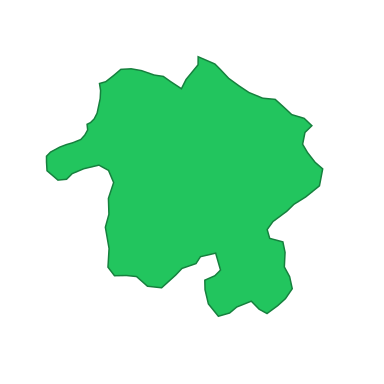 Agios Ilias, Cyprus (Natural Earth projection), rotated 254°
{"feature_id": "46923920B56788308456175", "entity_name": "Agios Ilias", "entity_type": "district", "adm_level": 2, "iso_a3": "CYP", "parent_name": "Cyprus", "parent_adm1": "", "projection": "natural_earth1", "projection_center": [33.937, 35.327], "detail": "fine", "context": "isolated", "style": "filled", "palette": "green", "viewbox_px": 384, "rotation_deg": 254, "n_neighbors": 0, "source": "geoboundaries", "source_scale": "gbopen_adm2", "svg_char_len": 1270}
<svg xmlns="http://www.w3.org/2000/svg" viewBox="0 0 384 384"><g transform="rotate(254 192 192)"><path d="M321.8,133.0L314.7,132.1L307.1,129.5L301.8,126.7L293.9,122.5L289.2,118.1L286.7,113.6L286.0,109.8L280.4,108.8L276.3,104.7L273.1,99.6L272.2,90.6L272.2,84.3L271.6,77.3L269.4,67.1L266.5,62.0L260.9,60.4L252.4,58.5L240.4,66.4L238.8,74.9L242.7,81.9L244.2,94.4L243.5,109.9L235.8,117.7L222.7,119.3L208.9,109.9L193.5,106.0L182.0,99.0L160.5,96.7L142.9,90.5L132.9,94.4L129.8,106.0L126.0,115.4L113.7,123.2L108.3,136.4L116.7,153.5L121.3,161.3L122.1,176.1L127.5,182.3L126.7,197.9L109.1,197.9L105.2,190.9L103.7,180.0L94.5,177.6L79.9,176.9L65.3,183.1L65.3,194.8L69.1,203.3L70.7,218.9L60.7,224.3L54.5,230.6L59.1,243.0L63.7,252.4L71.4,261.7L83.7,262.5L94.5,260.1L108.3,264.8L119.0,265.6L126.0,253.9L135.2,253.9L141.3,261.7L147.5,278.1L152.1,286.6L155.9,299.9L162.8,316.2L178.2,324.0L186.6,318.5L198.1,313.9L207.4,311.5L218.1,317.0L222.7,325.5L231.9,320.1L238.9,309.2L248.1,303.7L258.1,297.5L262.7,285.8L271.9,274.2L281.1,266.4L291.1,258.6L301.8,253.1L308.7,249.3L320.3,235.2L312.6,232.9L301.8,217.3L294.2,210.3L304.1,201.8L311.0,196.3L314.9,187.8L322.6,176.9L327.2,167.5L329.5,157.4L325.6,148.8L321.8,139.5L321.8,133.0Z" fill="#22c55e" stroke="#15803d" stroke-width="1.5"/></g></svg>